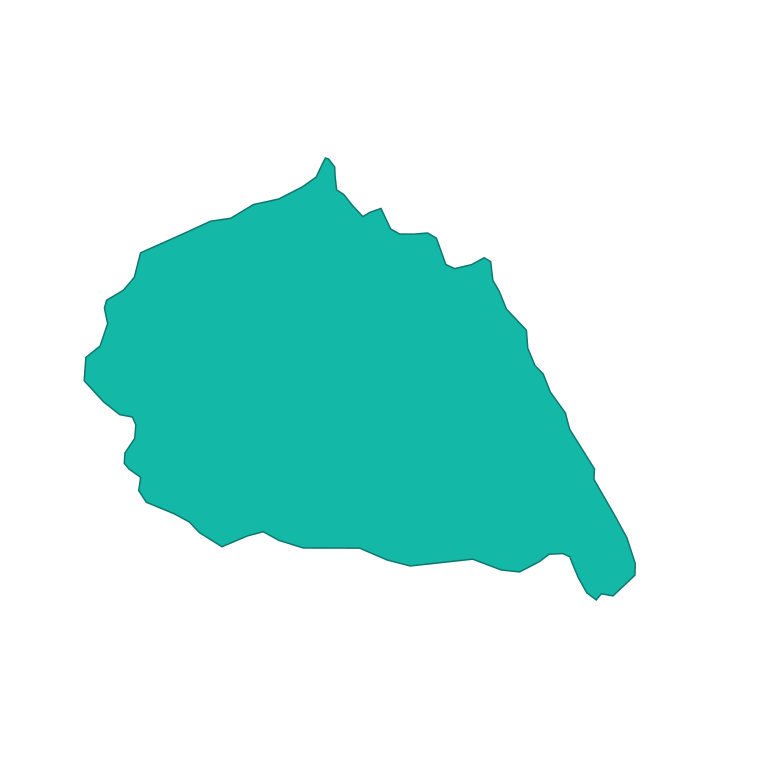 the district of Vergara, Treinta y Tres, Uruguay, rotated 16°
{"feature_id": "84410073B11484829939635", "entity_name": "Vergara", "entity_type": "district", "adm_level": 2, "iso_a3": "URY", "parent_name": "Uruguay", "parent_adm1": "Treinta y Tres", "projection": "natural_earth1", "projection_center": [-54.003, -32.979], "detail": "fine", "context": "isolated", "style": "filled", "palette": "teal", "viewbox_px": 768, "rotation_deg": 16, "n_neighbors": 0, "source": "geoboundaries", "source_scale": "gbopen_adm2", "svg_char_len": 1246}
<svg xmlns="http://www.w3.org/2000/svg" viewBox="0 0 768 768"><g transform="rotate(16 384 384)"><path d="M647.5,533.1L650.8,525.7L662.5,524.6L677.9,498.6L675.0,487.3L659.8,464.8L640.9,445.7L612.1,417.8L609.7,407.6L574.8,376.2L566.4,361.9L546.1,345.9L534.3,330.5L524.1,324.7L512.3,309.9L506.1,293.1L481.0,278.2L469.2,263.1L460.1,254.4L452.8,237.0L445.5,235.0L435.3,245.1L420.1,253.6L410.5,252.1L394.2,229.4L384.3,226.8L371.1,231.8L357.6,235.5L347.7,233.2L337.3,221.3L332.7,216.1L323.2,222.8L317.5,228.9L304.6,221.2L293.2,213.0L284.9,210.4L279.8,197.9L276.8,189.0L268.7,183.0L265.4,182.9L264.1,189.4L261.8,203.7L251.3,216.9L231.8,235.2L209.0,247.5L191.0,266.9L172.4,275.3L148.7,295.7L113.8,325.0L114.6,350.3L107.6,365.7L94.3,379.9L94.3,388.0L101.7,402.2L100.6,425.8L90.1,440.6L94.9,463.5L119.6,478.6L138.4,486.3L151.3,485.1L156.7,491.7L159.4,504.9L154.0,521.6L156.2,531.9L162.5,536.1L175.8,540.8L177.6,554.1L188.1,563.2L218.0,566.6L235.0,570.3L247.4,577.7L273.0,585.1L294.9,567.5L308.6,559.3L326.0,563.3L351.6,563.9L405.7,548.5L435.6,552.3L459.3,551.7L517.6,527.9L547.7,530.5L566.1,527.3L582.1,512.2L589.7,502.1L602.7,497.7L610.3,498.9L613.7,503.5L624.4,516.9L636.5,528.8L647.5,533.1Z" fill="#14b8a6" stroke="#0f766e" stroke-width="1.5"/></g></svg>